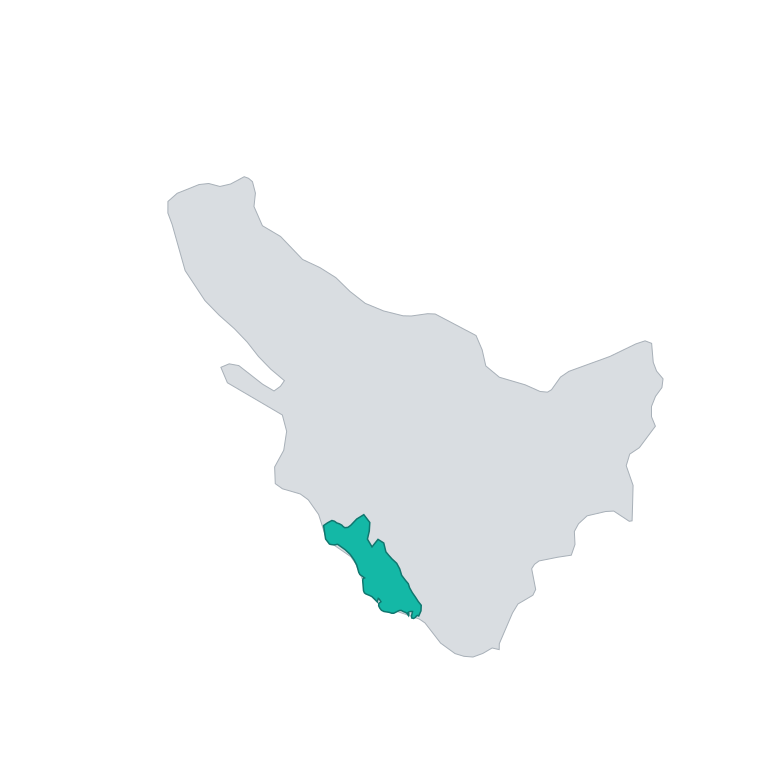 Puerto Plata on a map of Dominican Republic (Albers equal-area conic projection), rotated 215°
{"feature_id": "DOM-1965", "entity_name": "Puerto Plata", "entity_type": "Province", "adm_level": 1, "iso_a3": "DOM", "parent_name": "Dominican Republic", "parent_adm1": "", "projection": "albers", "projection_center": [-70.865, 19.728], "detail": "fine", "context": "in_parent", "style": "filled", "palette": "teal", "viewbox_px": 768, "rotation_deg": 215, "n_neighbors": 0, "source": "natural_earth", "source_scale": "10m", "svg_char_len": 2657}
<svg xmlns="http://www.w3.org/2000/svg" viewBox="0 0 768 768"><g transform="rotate(215 384 384)"><path d="M137.5,505.1L138.3,478.3L142.5,467.5L138.7,456.0L121.8,443.8L111.4,428.1L102.3,414.2L104.4,412.2L122.9,411.7L129.4,406.6L142.0,392.5L144.5,381.1L143.5,372.4L135.5,362.1L132.4,351.2L142.4,341.7L155.5,328.0L157.3,322.6L157.1,317.4L141.9,302.7L140.9,296.4L148.1,280.6L147.4,270.1L140.6,237.4L137.3,232.5L144.0,229.8L148.5,220.0L154.5,211.4L162.3,206.8L171.2,203.9L189.0,204.2L213.4,211.8L220.4,211.7L243.9,204.9L263.4,201.1L281.8,205.4L289.2,211.3L304.4,220.7L312.0,223.5L335.9,223.3L342.5,224.2L362.7,239.6L379.6,245.7L389.5,245.9L407.1,239.9L415.9,240.0L426.0,253.3L428.1,272.2L436.6,289.4L449.5,300.3L513.0,295.2L527.2,304.1L522.4,311.7L513.5,315.8L483.3,314.2L470.1,315.2L467.5,322.7L467.5,329.6L485.2,331.2L502.5,334.5L520.2,339.9L538.3,343.5L558.5,345.8L578.5,349.6L611.9,362.8L649.1,393.2L659.1,400.1L665.7,409.6L662.8,421.6L649.9,441.3L642.6,447.7L631.7,451.7L624.4,459.8L617.4,473.6L613.0,474.8L607.8,474.3L598.8,466.6L592.3,454.8L574.4,443.9L553.3,445.5L522.1,439.3L503.2,442.6L484.4,443.5L465.0,440.3L445.6,439.3L426.3,443.6L407.5,450.8L400.6,455.4L388.6,466.6L382.2,470.7L336.4,476.5L323.2,468.3L311.0,457.2L293.4,455.7L267.9,464.3L251.9,467.4L245.4,471.1L243.5,475.4L243.4,490.9L239.8,500.4L214.8,536.1L200.7,561.3L194.9,569.1L188.1,570.8L175.9,556.2L168.1,550.9L158.4,548.3L154.3,540.5L154.5,529.6L152.0,519.0L146.1,510.6L137.5,505.1Z" fill="#d9dde1" stroke="#a8b0b8" stroke-width="1"/><path d="M222.5,213.9L224.0,213.5L224.4,212.3L224.5,210.6L225.3,208.9L227.1,208.2L228.4,209.7L230.1,214.0L231.3,213.3L232.2,212.5L232.8,211.6L233.2,210.5L231.9,210.1L231.7,209.9L231.6,209.5L231.1,208.4L233.5,209.3L235.5,209.2L237.6,208.7L240.1,208.4L241.6,207.2L244.5,201.8L246.3,200.6L248.6,200.0L253.6,197.6L256.3,197.2L258.7,197.9L261.1,199.2L262.4,201.3L261.6,203.9L264.5,205.1L265.7,205.1L264.9,202.6L264.5,201.7L271.9,202.9L274.1,202.6L278.6,201.6L280.3,201.7L282.2,202.9L288.9,211.0L289.5,212.5L288.7,214.0L294.4,214.1L296.6,215.2L302.5,220.1L308.0,222.9L313.9,225.0L320.7,226.0L329.9,226.1L330.7,225.6L331.5,224.5L333.3,223.2L335.4,222.1L336.9,221.6L342.9,223.5L352.3,233.4L350.6,238.0L348.4,242.3L345.8,243.2L343.1,243.1L340.4,243.9L337.6,244.2L335.7,243.8L333.7,243.8L331.3,245.9L330.2,249.2L328.9,257.8L325.6,265.4L316.2,262.4L311.7,255.1L308.6,247.4L300.4,243.7L299.8,253.3L293.0,253.6L289.6,250.6L286.2,247.6L281.9,246.4L277.2,245.3L270.7,244.4L265.0,241.5L259.8,237.4L253.6,235.4L249.5,234.3L246.1,231.7L241.1,229.3L235.9,227.4L231.3,225.5L226.6,224.1L223.6,219.4L222.5,213.9Z" fill="#14b8a6" stroke="#0f766e" stroke-width="1.5"/></g></svg>